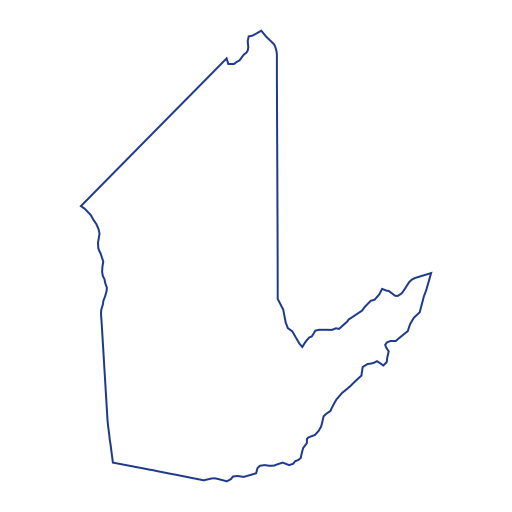 outline of Tacaratu, Pernambuco, Brazil
{"feature_id": "56859067B10052664253182", "entity_name": "Tacaratu", "entity_type": "district", "adm_level": 2, "iso_a3": "BRA", "parent_name": "Brazil", "parent_adm1": "Pernambuco", "projection": "mercator", "projection_center": [-38.018, -8.913], "detail": "fine", "context": "isolated", "style": "outline", "palette": "blue", "viewbox_px": 512, "rotation_deg": 0, "n_neighbors": 0, "source": "geoboundaries", "source_scale": "gbopen_adm2", "svg_char_len": 2171}
<svg xmlns="http://www.w3.org/2000/svg" viewBox="0 0 512 512"><path d="M226.6,58.4L199.0,86.4L171.6,114.1L80.9,206.1L84.8,208.8L90.9,215.2L93.4,219.8L96.3,224.0L98.6,229.3L99.5,233.7L98.0,242.9L98.3,248.2L99.3,251.0L100.5,253.2L101.8,257.1L103.3,261.7L102.5,266.1L102.1,271.7L102.8,275.9L104.5,279.3L105.2,283.0L106.9,287.8L106.5,291.5L105.0,296.6L103.4,300.7L102.9,304.4L102.1,306.9L101.2,310.0L101.0,313.9L101.3,318.1L101.8,325.3L102.0,328.7L105.6,388.6L107.5,420.1L108.1,426.0L109.4,436.1L109.8,440.1L110.4,443.5L112.9,462.6L146.9,469.1L149.6,469.7L152.6,470.1L158.5,471.4L172.7,474.2L175.2,474.6L193.1,478.2L203.7,480.3L211.9,478.4L214.7,478.3L218.5,479.1L226.9,481.3L230.8,479.2L233.0,476.5L237.2,476.0L243.8,476.9L256.1,473.3L257.5,468.1L259.8,465.8L264.6,465.1L269.7,465.8L274.0,465.6L277.4,464.3L282.8,462.6L289.1,465.1L293.1,463.8L295.2,461.2L298.3,460.0L300.7,458.0L301.6,453.8L303.1,448.1L306.9,443.0L306.9,438.9L308.7,437.3L314.9,435.0L318.6,430.9L321.2,426.4L322.4,421.5L323.6,416.3L326.1,413.9L330.5,410.9L331.6,408.3L334.1,403.5L336.4,399.5L342.0,393.0L350.4,386.1L352.6,383.8L357.3,379.3L361.4,375.6L362.7,367.0L367.6,364.0L370.9,363.6L373.9,362.8L377.0,361.2L380.1,363.2L383.3,365.5L386.7,362.1L387.2,357.9L388.7,351.4L386.1,347.4L385.2,344.9L386.8,342.5L390.4,341.0L395.8,341.0L398.7,338.4L407.8,331.1L408.7,328.3L410.2,324.0L412.0,320.9L413.8,317.8L419.7,312.3L423.9,296.3L426.2,290.3L429.9,277.3L431.1,273.1L415.0,278.0L411.7,279.7L409.1,282.2L403.2,291.4L401.4,293.6L397.8,295.9L395.1,295.8L389.0,291.1L386.5,290.6L382.1,288.9L379.3,294.4L374.6,299.7L370.7,300.8L364.5,307.2L362.1,310.6L351.4,317.7L348.7,319.4L347.1,321.7L339.0,328.9L336.0,328.3L331.9,329.9L326.6,329.8L318.8,329.8L315.3,330.7L313.7,333.5L311.8,336.4L309.4,337.4L307.4,339.5L305.1,342.4L302.3,347.0L299.4,343.6L292.3,331.4L287.8,328.1L285.7,322.5L283.2,309.6L277.7,298.9L277.7,283.6L277.6,244.5L277.3,170.5L276.9,79.9L276.9,54.6L276.6,51.7L275.3,46.9L274.0,44.2L266.6,37.1L264.6,34.8L261.3,30.7L252.6,35.6L248.7,36.4L247.7,41.2L248.3,47.3L247.7,50.6L246.4,52.7L243.8,54.6L239.5,60.4L236.4,62.1L234.0,64.0L228.3,64.0L226.6,58.4Z" fill="none" stroke="#1e3a8a" stroke-width="2"/></svg>